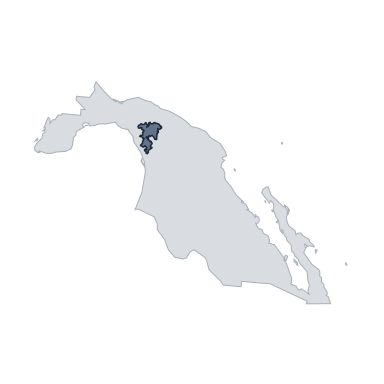 Puebla highlighted on a map of Mexico, rotated 185°
{"feature_id": "MEX-2724", "entity_name": "Puebla", "entity_type": "State", "adm_level": 1, "iso_a3": "MEX", "parent_name": "Mexico", "parent_adm1": "", "projection": "mercator", "projection_center": [-97.844, 19.359], "detail": "fine", "context": "in_parent", "style": "filled", "palette": "slate", "viewbox_px": 384, "rotation_deg": 185, "n_neighbors": 0, "source": "natural_earth", "source_scale": "10m", "svg_char_len": 8829}
<svg xmlns="http://www.w3.org/2000/svg" viewBox="0 0 384 384"><g transform="rotate(185 192 192)"><path d="M44.2,92.8L68.6,90.6L67.5,93.1L106.0,107.3L134.8,107.3L134.8,101.9L152.7,102.0L155.8,105.8L168.3,116.1L171.3,124.7L173.5,128.0L185.1,134.6L188.8,132.1L191.7,125.9L195.2,124.5L203.6,125.6L210.6,132.5L215.2,142.4L223.3,151.4L223.8,157.0L227.3,163.9L244.9,170.5L247.2,169.4L241.9,187.1L240.2,207.9L241.0,212.4L245.5,218.3L244.6,221.5L244.8,218.3L241.1,213.2L242.2,217.9L246.8,227.5L254.2,236.7L255.9,242.4L261.1,248.2L259.7,248.0L262.7,249.4L261.7,248.6L267.2,249.3L271.1,251.3L274.5,255.0L283.8,252.2L290.5,251.8L295.0,249.6L299.8,249.1L300.7,250.0L300.4,251.1L304.3,251.9L306.9,250.1L306.2,247.1L304.9,247.9L305.2,247.2L312.3,242.3L312.8,238.2L314.9,235.9L314.9,229.3L316.3,224.3L321.7,221.4L331.2,219.9L335.4,218.2L340.1,217.8L347.8,219.6L348.4,218.5L346.4,218.4L349.0,217.7L352.1,219.8L352.7,222.8L351.1,226.8L346.1,232.8L345.8,236.8L343.3,239.2L343.8,240.1L346.0,239.8L343.6,242.3L343.7,243.3L345.2,243.0L342.2,253.0L341.4,253.9L339.8,251.6L339.4,247.8L337.2,251.7L334.9,252.0L332.0,257.1L328.7,257.1L328.4,258.8L309.8,258.7L309.8,264.8L305.5,264.7L315.6,273.9L315.3,277.3L302.2,277.3L297.4,285.7L298.8,287.8L297.1,293.4L287.7,283.9L280.1,277.5L275.4,275.0L274.9,275.6L279.2,277.8L272.5,275.9L272.9,274.4L271.2,275.0L270.1,273.6L268.8,275.1L271.1,275.8L267.7,276.2L264.3,278.3L253.7,281.7L246.8,279.0L241.0,278.4L237.1,275.9L233.3,274.8L230.8,272.4L221.4,270.4L209.6,265.3L202.0,260.5L198.7,257.2L190.8,256.1L183.3,253.3L178.5,247.9L168.1,242.7L162.5,235.5L160.6,231.1L164.8,229.0L164.1,227.1L162.2,226.5L165.0,223.1L165.3,219.1L163.0,217.7L160.8,213.6L160.9,209.9L159.4,206.6L153.2,200.4L147.8,192.8L139.3,186.2L141.7,187.4L141.9,186.0L137.4,184.6L134.1,179.4L136.4,179.5L129.9,176.0L128.9,174.2L126.5,174.9L126.1,174.1L127.9,172.0L124.8,173.6L122.9,172.1L122.5,168.6L124.8,165.6L125.6,166.1L124.0,163.0L121.9,161.0L119.1,161.0L117.2,156.8L113.8,155.8L111.8,154.0L110.4,150.2L111.2,147.8L105.2,146.6L94.7,134.4L94.0,131.5L92.5,130.6L85.5,115.3L84.9,110.6L85.7,109.0L79.8,107.1L78.4,104.5L76.5,103.7L74.5,105.1L66.5,100.4L67.9,103.5L67.0,109.3L68.8,113.9L70.4,122.7L78.5,130.4L81.1,135.5L82.3,135.3L82.9,136.8L84.0,137.0L85.2,140.3L87.4,141.3L88.8,148.2L93.0,151.7L94.4,155.5L96.3,156.8L97.7,161.3L99.4,162.4L98.4,159.0L100.7,161.0L103.5,171.4L106.1,174.3L109.6,181.8L109.2,184.9L109.9,187.6L112.9,190.3L113.9,187.6L122.5,197.2L121.7,200.8L118.4,203.4L116.6,203.7L112.9,195.8L99.5,185.2L98.3,185.4L95.6,182.1L95.0,179.8L95.7,174.8L94.5,170.0L92.5,166.6L85.9,162.4L84.6,158.3L83.4,160.0L80.1,160.8L77.6,158.0L71.4,155.2L70.5,152.7L65.9,149.2L65.4,148.0L70.2,148.7L72.9,147.7L72.9,148.8L75.3,149.9L74.4,147.1L73.3,147.0L75.5,141.3L66.4,130.5L59.0,125.8L57.6,123.4L57.5,119.4L55.7,118.1L55.0,113.5L52.6,111.5L52.3,108.8L48.9,104.5L48.3,102.4L49.3,101.0L47.0,99.3L44.2,92.8ZM94.2,134.6L93.5,137.3L91.1,136.4L92.0,132.3L93.4,131.8L94.2,134.6ZM84.6,134.0L81.1,131.1L80.2,128.0L81.9,129.0L82.3,130.7L84.1,131.1L84.6,134.0ZM350.9,232.0L350.1,231.1L350.6,230.0L352.7,229.0L350.9,232.0ZM95.7,185.4L93.3,182.6L94.7,177.1L94.3,182.0L95.7,185.4ZM64.1,145.4L62.2,145.0L63.4,142.0L64.3,144.2L64.1,145.4ZM32.9,135.3L31.3,133.3L31.6,132.5L32.2,132.5L32.9,135.3ZM97.8,185.4L99.2,187.6L96.2,185.5L97.8,185.4ZM152.2,217.8L151.9,218.7L151.1,218.3L150.8,216.8L152.2,217.8ZM110.6,179.8L111.1,181.5L109.5,179.4L110.6,179.8ZM104.6,168.6L105.5,169.3L104.2,170.9L104.6,168.6ZM107.3,248.8L106.7,249.1L105.8,248.4L106.6,247.5L107.3,248.8ZM303.0,249.2L301.4,249.5L304.2,248.6L303.0,249.2ZM118.7,189.4L117.9,189.2L117.7,187.6L118.7,189.4Z" fill="#d9dde1" stroke="#a8b0b8" stroke-width="1"/><path d="M232.0,245.8L232.1,245.6L231.9,245.3L231.9,245.2L231.9,244.2L232.0,244.2L232.1,243.5L232.0,242.9L231.8,242.2L231.7,241.9L231.8,241.6L231.9,241.3L232.0,241.2L233.0,241.4L233.3,241.3L233.4,241.2L233.6,241.2L233.8,241.3L233.9,241.8L234.1,242.1L234.2,242.4L234.4,242.5L234.5,242.6L234.6,242.8L235.0,243.5L235.3,243.8L235.6,244.0L236.0,244.3L236.4,244.9L236.6,244.9L236.8,244.9L237.0,244.7L237.5,244.6L237.7,244.4L238.0,243.8L238.3,243.9L239.3,244.4L239.5,244.4L240.1,244.0L240.1,243.8L240.0,243.6L239.8,243.4L239.7,243.2L239.8,243.1L240.1,242.9L240.3,242.7L240.8,242.9L241.1,242.9L241.3,242.8L241.6,243.0L241.9,243.0L242.2,242.9L242.4,242.6L242.5,242.3L242.4,242.1L242.2,242.1L241.9,242.1L241.7,242.0L241.5,241.8L241.0,241.2L240.8,241.2L240.6,241.1L240.3,241.3L240.1,241.4L240.1,241.2L240.0,240.9L239.9,240.9L239.8,240.7L240.0,240.5L240.2,240.2L239.9,240.0L239.4,239.9L239.2,239.8L239.0,239.7L238.7,239.4L238.2,239.2L238.3,238.9L238.3,238.6L238.1,238.3L237.9,238.2L237.8,238.4L237.9,238.7L237.8,238.8L237.7,238.8L237.1,238.8L236.8,238.5L236.6,238.0L236.1,237.2L236.0,236.9L236.1,236.7L236.2,236.4L236.5,235.9L236.8,235.6L236.9,235.3L237.0,235.0L237.1,234.7L237.3,234.5L237.5,234.4L237.5,234.2L237.3,233.8L237.3,233.4L237.2,233.0L236.9,232.9L236.6,232.9L236.1,233.1L235.8,232.9L235.8,232.7L235.9,232.4L236.0,232.0L236.2,231.9L236.3,231.8L236.8,231.8L236.9,231.7L237.4,231.0L238.0,230.7L238.6,230.0L238.7,229.9L238.8,229.8L238.9,229.7L239.1,229.3L239.1,229.1L239.1,228.7L239.1,228.4L239.1,228.2L238.9,228.0L238.9,227.9L239.1,227.8L239.2,227.7L239.2,227.4L239.3,227.3L239.5,227.2L239.6,226.9L239.6,226.5L239.7,226.4L239.8,226.3L240.2,226.5L240.6,226.4L240.8,226.5L241.0,226.7L241.2,226.8L241.2,227.1L241.2,227.6L241.3,227.8L241.5,228.1L241.6,228.3L241.4,228.6L241.5,228.8L242.0,228.7L242.5,228.8L242.7,229.0L242.9,229.2L243.0,229.6L243.0,229.8L242.9,230.0L242.5,230.6L242.4,230.7L242.2,230.8L242.1,230.7L241.9,230.4L241.7,230.2L241.6,230.3L241.3,230.5L241.2,230.5L240.9,230.5L240.9,231.0L240.9,231.3L241.0,231.6L241.0,231.8L240.9,231.9L240.8,232.1L240.9,232.3L241.0,232.5L241.4,232.6L241.5,232.7L241.6,232.9L241.6,233.1L241.8,233.3L242.0,233.3L242.4,233.2L242.6,233.3L242.6,233.5L242.7,233.8L242.8,234.0L243.1,233.9L243.4,233.6L243.7,233.1L243.8,232.9L243.9,232.7L244.2,232.6L244.6,232.5L244.8,232.5L245.1,232.6L245.7,233.1L246.3,233.4L246.8,233.6L247.2,233.7L247.3,234.0L247.2,234.4L246.6,235.0L246.4,235.3L246.1,235.5L245.9,235.9L245.6,236.4L245.6,236.6L245.6,237.4L245.6,238.0L245.4,238.6L245.1,238.9L244.9,238.9L244.8,239.1L244.8,239.4L244.7,239.9L244.8,240.0L245.0,240.0L245.1,240.4L245.1,240.5L245.4,240.7L245.5,240.9L245.4,241.1L245.2,241.2L244.7,241.2L244.6,241.3L244.8,241.5L245.1,241.5L245.3,241.6L245.5,241.9L245.9,241.8L246.0,241.8L246.1,242.0L246.4,242.4L246.6,242.5L247.0,242.6L247.6,242.8L247.8,242.8L248.0,242.6L248.5,242.8L248.8,242.9L248.9,243.0L248.7,243.3L248.3,243.7L248.2,243.8L247.9,243.8L247.7,244.1L247.4,244.1L247.2,244.0L246.9,244.0L246.6,244.2L246.1,244.3L246.0,244.6L246.0,244.9L246.2,245.9L246.2,246.2L246.3,246.5L246.4,247.0L246.3,247.3L246.0,247.4L245.9,247.5L245.7,247.8L245.4,248.1L245.2,248.4L245.3,248.7L245.4,249.1L245.6,249.5L245.8,249.7L246.0,249.7L246.5,249.5L246.8,249.7L247.1,249.7L247.2,249.8L247.3,249.8L247.4,250.0L247.5,250.4L247.7,250.7L247.8,250.9L247.6,251.2L247.6,251.4L247.7,251.6L247.8,251.6L248.1,251.6L248.3,251.7L248.8,251.3L249.0,251.2L249.3,251.2L249.6,251.1L250.2,251.0L250.5,250.9L250.8,251.1L250.9,251.7L251.0,251.9L251.4,252.2L251.5,252.4L251.4,252.6L251.2,253.2L251.0,253.6L250.9,253.7L250.5,254.0L249.9,254.2L249.8,254.3L249.5,254.6L249.3,254.9L249.1,255.2L248.8,255.5L248.5,255.5L247.5,255.2L246.8,254.9L246.6,254.9L246.1,255.0L245.5,255.2L245.1,255.6L244.8,256.1L244.5,256.8L244.4,256.9L244.3,257.0L244.1,257.0L243.8,256.9L243.7,256.8L243.6,256.7L243.3,256.2L243.3,255.8L243.2,255.7L242.8,255.4L242.5,255.2L242.3,255.1L242.2,255.0L242.2,254.6L242.3,254.2L242.6,253.4L242.6,252.9L242.3,253.1L241.9,253.4L241.6,253.5L241.5,253.4L241.4,253.5L240.7,254.8L240.5,255.1L240.4,255.3L240.4,255.5L240.6,255.6L240.8,255.8L241.1,256.2L241.2,256.4L241.3,256.7L241.1,256.9L240.6,257.4L240.5,257.5L240.0,257.7L239.8,257.7L239.7,257.6L239.7,257.4L239.6,257.1L239.5,256.5L239.4,256.4L238.5,256.5L237.2,256.5L236.9,256.5L236.7,256.7L236.6,257.1L236.4,257.4L236.1,257.7L235.7,257.7L235.4,257.6L235.0,257.9L234.4,257.3L234.3,257.2L234.2,257.2L233.6,257.3L233.3,257.3L232.9,257.3L232.5,257.2L232.2,257.1L231.4,256.9L230.9,256.7L230.5,256.4L230.3,256.0L230.1,255.5L229.4,255.4L229.2,255.3L229.1,255.1L229.1,254.7L228.7,254.8L228.5,254.7L228.4,254.6L228.4,254.3L228.4,254.2L228.1,254.2L227.9,253.7L227.9,253.2L228.1,252.9L228.3,252.7L228.5,252.6L228.8,252.6L229.0,252.5L229.1,252.1L229.3,252.0L229.4,251.9L229.6,251.6L229.8,251.6L230.2,251.5L230.4,251.5L230.5,251.5L231.3,252.1L231.5,252.3L231.7,252.2L231.7,251.9L231.4,251.0L231.3,250.7L231.1,250.4L231.1,250.0L231.0,249.7L230.9,249.4L231.5,249.5L231.8,249.4L231.7,249.0L231.5,248.7L231.3,248.5L231.3,248.4L231.3,248.2L231.1,248.1L231.5,247.5L231.9,247.2L231.7,246.9L231.7,246.7L231.8,246.6L232.0,245.8Z" fill="#64748b" stroke="#1e293b" stroke-width="1.5"/></g></svg>